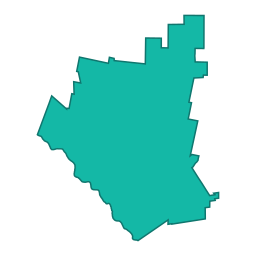 Banda, Santiago del Estero, Argentina (Robinson projection)
{"feature_id": "61730980B71346119241334", "entity_name": "Banda", "entity_type": "district", "adm_level": 2, "iso_a3": "ARG", "parent_name": "Argentina", "parent_adm1": "Santiago del Estero", "projection": "robinson", "projection_center": [-64.338, -27.421], "detail": "fine", "context": "isolated", "style": "filled", "palette": "teal", "viewbox_px": 256, "rotation_deg": 0, "n_neighbors": 0, "source": "geoboundaries", "source_scale": "gbopen_adm2", "svg_char_len": 4182}
<svg xmlns="http://www.w3.org/2000/svg" viewBox="0 0 256 256"><path d="M81.3,180.8L81.5,181.1L81.8,181.4L82.1,181.7L82.7,181.9L83.1,182.0L83.9,182.1L84.9,182.2L85.8,182.2L86.4,182.0L87.0,181.9L87.8,181.7L88.5,181.7L89.2,181.8L89.8,182.2L90.4,182.9L90.5,183.4L90.6,183.9L90.7,184.4L90.9,185.1L90.9,185.8L91.0,186.5L91.1,187.1L91.2,187.7L91.5,188.4L91.8,188.8L92.2,189.2L92.6,189.3L93.1,189.6L93.8,189.7L94.4,189.7L95.3,189.8L96.1,189.8L96.7,189.8L97.4,189.9L98.0,190.0L98.5,190.4L98.9,190.8L99.2,191.6L99.3,192.0L99.5,193.1L99.6,193.7L99.6,194.3L99.8,194.7L99.9,195.3L100.2,195.7L100.5,196.3L100.8,196.8L101.0,197.2L101.4,197.8L101.8,198.1L102.0,198.6L102.5,199.1L102.6,199.6L103.0,200.1L103.3,200.7L103.7,201.2L104.1,201.7L104.7,202.1L105.2,202.3L105.5,202.6L105.9,203.3L106.3,203.7L106.9,203.8L107.6,203.7L108.3,203.4L108.7,203.4L109.4,203.6L109.8,204.1L110.3,204.9L110.5,205.4L110.6,206.0L110.7,206.3L110.9,206.7L111.1,206.9L111.2,207.3L111.2,207.7L111.2,208.0L111.3,208.5L111.4,208.8L111.6,209.1L111.6,209.5L111.7,209.8L111.7,210.2L111.8,210.5L112.0,210.8L112.2,211.0L112.4,211.3L112.4,211.8L112.3,212.2L112.2,212.7L112.1,213.2L112.2,213.6L112.2,214.0L112.4,214.2L112.4,214.6L112.4,214.8L112.4,215.1L112.4,215.8L112.5,216.3L112.8,217.1L112.9,217.5L112.9,217.9L113.2,218.3L113.5,218.8L114.0,219.3L114.4,219.8L114.9,220.2L115.7,220.6L116.4,220.8L117.1,220.9L117.9,220.9L118.9,221.0L119.9,221.3L120.3,221.7L120.9,222.3L121.5,223.0L121.9,223.7L122.1,224.4L122.7,225.5L123.1,226.4L123.7,227.7L124.2,228.4L124.5,228.7L125.2,228.8L125.9,229.1L126.6,229.4L127.2,229.9L127.7,230.4L128.5,230.9L129.5,231.7L129.9,232.0L130.0,232.1L130.3,232.4L130.8,233.0L131.5,233.7L131.9,234.4L132.2,235.0L132.5,235.6L132.6,236.2L132.6,236.9L132.5,237.6L132.5,238.0L132.5,238.4L132.8,238.8L133.2,239.4L133.9,239.7L134.5,239.8L135.4,240.0L135.7,240.0L136.4,240.0L137.2,240.2L137.8,240.5L138.0,240.6L168.1,219.9L168.0,224.3L171.9,223.7L171.9,224.1L205.3,218.9L205.2,207.7L209.7,207.1L209.8,201.2L215.2,200.4L214.7,198.8L218.6,198.2L218.6,195.7L218.6,192.5L213.7,193.2L215.0,194.7L209.7,195.6L206.1,190.0L201.9,183.3L198.4,178.0L191.9,167.7L193.0,166.9L195.3,163.3L195.9,162.7L196.6,162.2L198.0,160.3L198.2,158.7L198.9,155.9L192.0,154.5L190.2,155.9L197.8,120.9L188.2,119.0L189.9,110.7L191.5,102.7L188.9,102.2L193.3,80.9L193.9,78.0L203.1,77.5L203.4,75.1L207.2,75.2L207.2,62.2L195.2,61.9L194.8,55.8L195.0,53.7L195.1,48.4L203.8,48.5L203.9,47.7L204.0,15.5L197.8,15.5L191.7,15.4L184.0,15.4L184.1,24.3L168.3,24.5L168.1,47.9L161.3,47.8L161.3,38.2L145.7,38.0L145.3,63.9L131.8,62.5L114.2,60.6L114.1,58.4L109.4,57.3L108.4,63.3L79.5,57.1L78.2,63.7L76.7,71.4L78.3,71.8L80.7,83.0L73.7,81.7L74.1,94.2L71.8,93.7L69.1,108.4L66.8,108.3L66.7,109.1L51.7,95.9L48.8,104.1L48.7,104.3L37.4,134.7L37.7,135.0L38.1,135.2L38.5,135.4L39.1,135.7L39.7,135.9L40.2,136.0L40.7,136.2L41.1,136.3L41.5,136.8L41.8,137.2L42.1,137.7L42.3,138.1L42.6,138.8L42.8,139.0L43.2,139.4L43.6,139.8L43.9,140.2L44.4,140.8L45.0,141.1L45.7,141.4L46.3,141.7L46.7,141.9L47.4,142.2L47.8,142.6L48.2,143.2L48.6,143.7L48.9,144.2L49.3,145.2L49.7,146.1L50.0,146.8L50.4,147.5L50.5,148.2L50.8,148.6L51.0,148.8L51.6,149.5L52.0,149.6L52.8,149.6L53.6,149.6L54.4,149.4L55.2,149.2L55.6,149.0L56.4,148.8L57.2,148.7L58.6,148.8L59.5,148.8L60.1,148.8L60.8,148.8L61.6,148.9L62.2,149.0L62.9,149.4L63.4,150.3L63.8,150.9L64.2,151.6L64.6,152.0L65.2,152.6L65.8,153.3L66.1,153.9L66.4,154.6L66.7,155.4L67.1,156.3L67.6,157.0L68.1,157.7L68.4,158.4L68.9,159.0L69.8,159.8L70.2,160.2L70.7,160.6L71.2,160.9L71.6,161.2L72.1,161.5L72.5,161.8L72.8,162.1L73.0,162.3L73.3,162.5L73.7,162.9L73.9,163.3L74.2,163.7L74.6,164.3L74.7,164.7L75.0,165.1L75.0,165.8L75.0,166.4L75.1,167.0L75.1,167.5L75.0,168.2L75.0,168.7L74.8,169.5L74.8,170.0L74.8,170.6L74.6,171.1L74.5,171.5L74.5,171.9L74.4,172.6L74.3,173.1L74.2,173.5L74.2,173.8L74.2,174.2L74.3,174.6L74.3,175.1L74.4,175.4L74.5,175.7L74.7,175.9L75.0,176.3L75.3,176.5L75.6,176.7L76.1,177.0L76.4,177.1L76.7,177.1L77.1,177.3L77.4,177.4L77.8,177.5L78.3,177.7L78.6,177.9L78.8,178.3L79.0,178.4L79.3,178.6L79.6,178.9L79.7,179.0L79.9,179.3L80.2,179.5L80.3,179.7L80.5,180.0L80.8,180.2L81.0,180.5L81.3,180.8Z" fill="#14b8a6" stroke="#0f766e" stroke-width="1.5"/></svg>